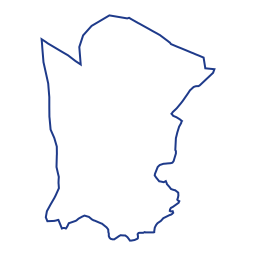 outline of Bilqas, Ad Daqahliyah, Egypt
{"feature_id": "37247803B88078543557483", "entity_name": "Bilqas", "entity_type": "district", "adm_level": 2, "iso_a3": "EGY", "parent_name": "Egypt", "parent_adm1": "Ad Daqahliyah", "projection": "robinson", "projection_center": [31.411, 31.344], "detail": "fine", "context": "isolated", "style": "outline", "palette": "blue", "viewbox_px": 256, "rotation_deg": 0, "n_neighbors": 0, "source": "geoboundaries", "source_scale": "gbopen_adm2", "svg_char_len": 2750}
<svg xmlns="http://www.w3.org/2000/svg" viewBox="0 0 256 256"><path d="M129.1,17.8L127.3,18.4L127.2,18.4L109.4,15.4L91.6,25.9L83.1,35.4L79.3,47.0L80.7,64.5L75.4,61.0L68.0,55.3L62.3,52.0L51.9,45.8L47.8,43.4L45.9,42.0L41.6,39.2L42.0,43.3L42.3,47.9L43.5,62.4L43.6,62.7L46.4,75.3L48.2,83.5L49.3,97.2L49.3,97.8L49.3,106.7L49.4,116.7L49.6,118.5L50.6,129.6L54.3,138.0L56.8,146.6L56.8,147.4L56.9,154.0L56.8,155.5L56.5,167.0L58.0,173.6L58.8,176.9L58.6,180.0L58.5,183.1L58.6,183.9L58.9,188.2L55.8,195.1L54.4,197.9L53.0,200.3L50.5,204.6L49.2,207.0L46.9,211.2L45.8,217.3L47.4,221.2L54.3,220.9L54.5,220.8L55.7,220.6L58.1,219.9L58.4,219.9L61.9,228.5L63.2,228.0L64.5,228.0L65.9,228.5L66.3,228.0L67.5,226.0L68.8,223.2L70.4,222.7L75.6,220.9L76.5,220.4L77.3,219.7L78.6,218.6L81.5,217.0L82.0,216.7L84.5,215.6L88.9,216.9L91.9,219.4L93.5,220.3L94.6,220.6L101.4,223.5L101.9,223.6L106.6,227.4L108.2,229.5L108.4,232.3L108.8,233.5L108.8,236.0L109.5,237.7L110.6,238.8L112.4,239.3L114.3,239.3L115.3,238.6L116.1,238.1L117.0,237.5L119.0,236.1L120.6,235.2L121.5,235.3L122.6,235.4L125.3,235.5L127.4,237.1L129.2,239.5L129.9,240.6L131.2,240.6L134.6,240.0L135.9,239.4L137.3,238.8L137.8,238.4L138.0,236.5L137.6,234.2L138.5,233.0L139.4,232.8L140.0,232.8L141.6,232.8L143.2,232.8L144.8,232.1L145.3,232.4L153.4,232.4L154.2,232.2L154.3,230.8L154.8,227.6L156.1,225.0L157.5,223.2L160.9,220.9L163.4,218.1L163.9,217.9L168.3,215.7L169.5,215.1L170.9,214.7L172.0,214.0L173.2,212.8L172.7,211.2L170.9,211.4L169.8,210.9L170.0,209.5L170.9,207.9L173.0,206.8L178.6,202.8L179.1,201.6L179.3,201.2L177.7,200.3L177.3,199.6L178.0,197.5L178.4,195.4L178.2,192.6L175.1,190.2L174.7,190.2L172.3,189.5L172.1,189.4L171.0,189.0L169.4,186.9L166.9,184.1L166.7,183.2L165.8,181.1L163.8,182.2L160.6,181.5L159.2,181.3L156.1,177.5L154.7,175.4L154.8,174.9L155.0,173.8L157.7,167.0L159.0,165.7L159.8,165.0L163.4,163.8L165.9,163.6L167.7,163.4L170.6,163.2L172.4,162.7L173.6,161.1L175.9,153.5L175.9,151.1L175.5,150.3L175.3,150.0L175.9,138.1L176.5,135.8L177.3,132.5L179.1,126.7L181.2,123.0L181.3,122.3L181.6,121.3L181.9,121.0L179.8,119.3L176.4,117.2L173.1,115.8L172.9,115.4L171.5,113.8L171.8,113.5L172.8,112.0L175.9,109.1L176.9,108.1L181.2,102.9L182.6,101.1L184.9,97.8L188.1,93.2L189.8,90.6L190.0,90.3L193.6,87.0L195.5,86.3L197.2,86.1L198.5,86.1L199.7,85.4L206.7,78.8L213.1,72.8L213.6,71.4L214.1,70.0L214.4,69.2L205.3,68.3L203.6,57.6L198.4,55.4L197.6,55.1L195.6,54.3L193.1,53.2L191.5,52.6L188.2,51.2L183.6,49.3L180.2,47.9L178.4,47.2L176.2,46.3L173.4,45.1L171.0,44.1L169.8,42.5L169.0,42.0L168.3,41.4L167.0,40.4L165.1,39.0L164.2,38.3L162.6,37.1L161.5,36.3L159.8,35.0L159.0,34.6L157.1,33.5L152.5,31.0L149.0,29.0L144.3,26.4L140.7,24.4L138.9,23.4L138.6,23.3L131.0,19.0L129.1,17.8Z" fill="none" stroke="#1e3a8a" stroke-width="2"/></svg>